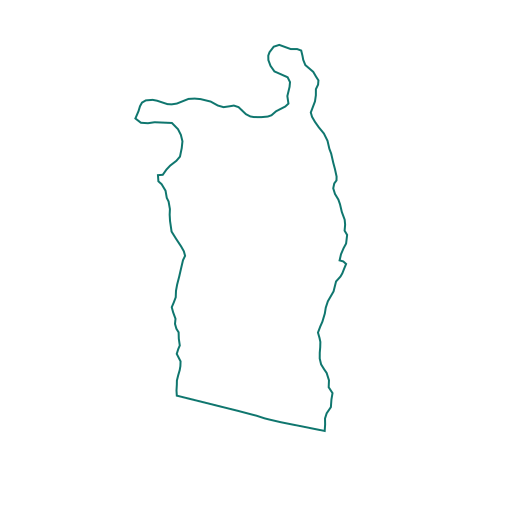 the district of Santa Isabel do Ivaí, Paraná, Brazil, rotated 155°
{"feature_id": "56859067B87953523218993", "entity_name": "Santa Isabel do Ivaí", "entity_type": "district", "adm_level": 2, "iso_a3": "BRA", "parent_name": "Brazil", "parent_adm1": "Paraná", "projection": "robinson", "projection_center": [-53.253, -23.11], "detail": "fine", "context": "isolated", "style": "outline", "palette": "teal", "viewbox_px": 512, "rotation_deg": 155, "n_neighbors": 0, "source": "geoboundaries", "source_scale": "gbopen_adm2", "svg_char_len": 2174}
<svg xmlns="http://www.w3.org/2000/svg" viewBox="0 0 512 512"><g transform="rotate(155 256 256)"><path d="M301.3,436.9L307.2,431.6L304.0,425.4L297.8,422.0L291.4,420.1L276.0,412.1L273.1,403.9L272.9,397.5L274.2,391.0L277.7,385.2L282.9,378.2L288.0,375.9L295.6,374.2L300.6,372.2L306.2,369.0L310.7,370.7L312.9,364.9L311.2,361.0L310.4,353.4L312.3,346.4L312.2,342.3L314.2,334.9L316.8,329.9L319.1,324.1L322.2,313.8L321.2,305.6L319.8,296.1L319.4,290.7L320.2,286.1L323.9,283.1L329.8,275.6L334.3,269.8L339.5,263.5L343.2,258.3L346.2,252.5L350.3,248.5L354.0,245.2L354.9,240.0L355.5,233.1L358.1,228.7L358.9,223.7L358.4,219.5L360.9,213.7L362.9,207.1L365.7,204.6L369.2,200.8L368.9,192.4L371.1,188.1L373.4,184.8L376.9,180.8L380.3,176.6L382.1,172.9L384.9,167.7L386.8,162.9L337.1,122.7L326.3,113.7L323.1,111.1L316.8,105.2L313.1,102.2L303.8,94.9L267.7,68.4L264.6,74.0L262.1,79.6L258.4,83.6L252.0,87.4L248.2,94.2L244.6,99.4L245.6,106.3L242.4,112.5L241.4,120.1L242.2,125.0L242.8,130.3L241.6,136.1L239.1,141.4L236.4,146.1L234.0,150.9L233.1,154.8L232.2,160.4L227.5,165.0L223.6,168.4L218.0,174.7L214.6,179.7L210.0,184.6L200.7,191.1L194.2,199.1L188.1,201.7L185.1,203.8L181.1,207.6L177.7,210.7L179.2,214.2L182.1,216.7L178.2,221.7L173.4,226.0L169.1,229.2L166.9,232.7L164.5,236.6L165.0,241.5L162.0,246.7L160.3,251.4L159.6,259.7L158.0,267.4L157.5,272.4L158.2,278.8L157.4,284.7L154.4,288.7L151.1,290.5L149.4,293.9L147.7,301.5L146.6,307.7L144.6,317.0L144.2,322.2L142.5,330.2L142.7,338.3L144.7,346.1L145.9,352.8L146.4,358.5L145.7,362.9L137.2,371.2L133.8,376.4L131.2,381.9L127.3,385.1L125.2,388.8L125.8,393.2L126.3,398.7L130.6,408.2L130.3,413.8L129.3,417.7L128.2,423.1L131.2,426.1L137.1,428.9L145.7,437.5L151.5,438.2L157.6,435.0L160.2,432.4L162.0,428.3L162.5,422.2L161.3,415.5L151.8,404.6L151.7,399.2L154.1,395.1L160.0,387.7L162.2,380.4L166.3,379.1L176.6,378.7L182.5,377.0L186.4,377.4L192.5,379.6L199.2,382.8L202.2,384.9L205.2,388.8L208.9,398.3L212.5,401.7L216.5,402.8L222.5,404.6L227.0,408.5L231.8,415.1L239.9,421.6L245.1,424.6L250.8,426.9L263.3,427.6L268.4,429.1L272.1,431.1L280.1,438.6L283.7,441.2L290.1,443.6L294.5,443.2L297.8,440.8L301.3,436.9Z" fill="none" stroke="#0f766e" stroke-width="2"/></g></svg>